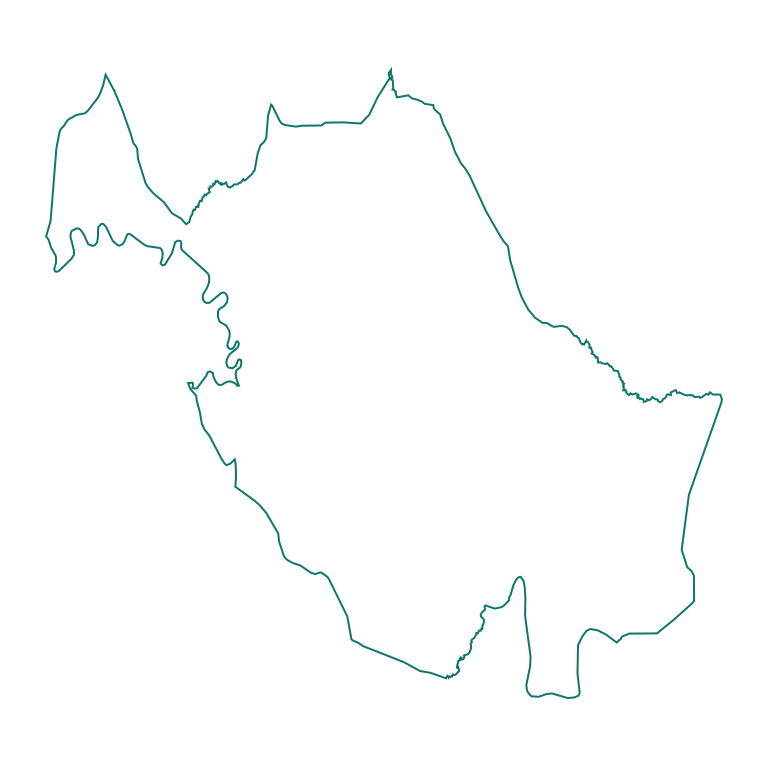 outline of Rasi Salai, Si Sa Ket, Thailand
{"feature_id": "78962969B91531031914262", "entity_name": "Rasi Salai", "entity_type": "district", "adm_level": 2, "iso_a3": "THA", "parent_name": "Thailand", "parent_adm1": "Si Sa Ket", "projection": "equal_earth", "projection_center": [104.176, 15.349], "detail": "fine", "context": "isolated", "style": "outline", "palette": "teal", "viewbox_px": 768, "rotation_deg": 0, "n_neighbors": 0, "source": "geoboundaries", "source_scale": "gbopen_adm2", "svg_char_len": 6065}
<svg xmlns="http://www.w3.org/2000/svg" viewBox="0 0 768 768"><path d="M283.6,555.3L285.7,558.6L288.0,560.4L292.9,563.0L300.2,565.4L310.7,572.6L315.3,574.1L319.8,572.5L321.4,572.6L327.3,576.8L329.2,579.6L347.3,616.4L351.4,639.2L352.4,640.2L359.0,643.2L362.8,646.0L404.0,662.2L420.0,671.0L430.5,672.8L446.0,678.3L447.4,675.8L448.2,676.3L448.7,677.7L449.5,676.6L450.3,677.0L451.7,675.8L452.1,676.2L453.1,674.4L453.9,675.1L455.6,674.7L459.2,670.9L458.2,667.1L457.2,667.8L456.8,667.4L458.4,660.6L459.6,660.5L459.9,658.5L460.8,657.4L461.4,657.7L461.3,659.6L463.3,659.2L464.4,657.1L464.0,655.5L468.1,654.1L469.5,652.4L470.9,648.6L471.0,645.3L470.5,643.9L471.9,642.1L471.3,641.2L471.5,640.0L474.3,637.8L476.3,634.3L476.4,633.0L477.8,633.3L479.1,630.5L480.9,630.6L481.4,628.7L482.4,628.8L482.4,625.9L483.8,622.7L484.0,620.4L483.3,618.7L481.0,616.7L480.7,615.1L481.6,612.9L485.0,609.6L484.6,606.1L485.7,605.5L494.8,608.6L501.6,607.1L503.6,605.9L509.1,600.3L509.1,597.7L510.7,594.6L513.4,585.3L516.2,579.5L518.5,577.3L520.8,576.9L523.5,581.0L524.7,587.2L525.4,598.0L525.1,616.0L530.6,656.8L530.0,667.0L526.3,685.1L527.1,690.8L529.7,694.8L531.7,696.3L538.6,696.8L547.0,693.9L552.1,693.5L568.0,698.1L574.5,697.4L578.5,695.6L579.7,693.0L577.5,673.6L578.0,645.2L582.4,636.3L586.6,630.7L590.4,629.0L597.6,630.3L606.1,634.6L616.7,642.5L620.6,639.0L622.2,636.5L629.3,633.6L657.0,633.4L673.8,619.7L692.3,603.2L694.1,600.7L693.9,575.6L691.5,571.0L687.2,567.2L681.7,549.7L688.9,494.8L721.4,402.4L721.9,399.3L720.3,394.5L712.9,394.5L710.1,392.3L709.4,392.5L708.5,394.7L706.2,393.9L702.3,397.0L700.0,397.8L699.2,396.7L694.6,397.0L692.5,395.2L691.2,395.5L690.2,394.8L687.2,395.4L684.7,394.9L679.2,392.4L677.2,393.2L675.7,390.0L670.7,392.5L671.0,394.9L667.1,394.4L665.4,397.7L662.9,399.3L662.1,401.1L660.2,402.3L658.0,401.0L657.5,399.3L655.5,399.3L652.2,397.0L651.5,398.5L649.5,400.2L646.9,399.4L646.6,401.1L643.7,401.9L643.2,399.3L641.0,398.5L639.9,399.1L639.1,397.8L637.4,397.8L637.3,396.2L638.4,396.0L638.6,395.2L636.1,393.4L632.3,394.5L630.3,393.3L628.8,395.0L626.3,392.8L626.4,391.5L625.6,391.2L625.4,389.7L623.2,390.3L623.8,387.9L623.2,386.9L623.8,385.9L623.0,385.1L624.1,383.7L622.4,382.6L622.8,381.3L621.2,380.1L620.4,378.7L620.6,377.5L619.3,376.8L619.3,374.7L617.8,371.0L614.1,370.6L611.2,366.2L610.1,366.5L607.5,363.3L605.8,364.0L601.6,363.2L600.7,362.2L598.2,362.6L597.8,357.9L596.6,356.9L595.9,357.6L594.6,355.2L591.6,353.5L592.7,352.2L591.2,349.2L591.2,347.7L589.3,347.5L589.6,344.7L588.4,342.6L586.7,341.8L586.3,340.6L584.0,344.6L583.0,343.9L582.1,344.3L580.8,342.9L579.0,338.7L576.3,336.0L574.2,335.8L569.8,329.8L566.8,327.2L562.0,325.8L554.6,326.8L552.5,326.4L547.0,323.0L542.6,322.9L535.0,317.7L528.2,309.5L521.8,297.5L518.2,287.7L510.1,260.0L508.0,246.3L503.3,240.8L499.1,234.1L485.9,211.0L469.7,175.8L465.3,168.6L461.1,163.5L454.8,151.4L450.4,138.5L442.9,123.3L440.2,114.5L434.9,109.8L433.8,108.3L433.3,105.1L424.7,103.8L422.0,101.7L417.3,99.7L412.0,98.4L408.3,95.3L397.0,97.4L395.7,93.6L395.8,91.8L394.9,91.5L394.2,89.9L392.5,89.6L393.2,88.1L392.8,80.3L390.6,79.3L390.9,77.9L392.3,77.9L391.8,75.4L390.9,74.6L391.0,69.9L388.6,73.2L389.6,78.2L377.5,97.5L369.2,114.9L360.8,123.5L343.4,122.4L325.6,122.6L321.3,125.5L302.0,125.7L296.0,126.6L285.5,125.1L281.9,123.7L279.9,121.2L272.3,105.8L271.1,104.6L268.1,115.5L266.2,138.3L263.8,142.3L260.6,145.1L257.8,152.9L254.7,170.0L251.9,174.1L245.0,180.5L244.3,180.5L243.3,179.1L240.7,182.7L239.1,182.8L237.7,184.2L233.9,184.5L232.3,186.4L229.5,187.5L227.7,186.6L226.0,182.4L223.9,184.0L222.9,183.5L221.7,184.9L220.5,184.3L220.6,183.0L219.3,183.1L217.5,180.9L216.5,181.8L215.6,181.2L214.6,184.2L213.2,183.7L213.0,185.8L211.2,186.8L210.4,186.3L209.8,188.3L208.7,188.5L209.7,192.3L207.0,193.9L206.5,195.0L204.6,194.6L204.1,196.4L202.6,197.2L201.8,201.0L200.1,200.7L198.5,204.3L198.7,205.2L197.9,205.6L198.2,207.0L196.6,206.7L195.8,207.3L194.9,210.0L193.7,209.6L192.7,211.4L192.5,213.9L190.6,216.9L189.3,222.1L186.1,224.2L181.1,218.6L172.0,213.3L163.9,202.2L153.1,193.1L148.3,187.5L145.6,183.2L138.0,158.8L137.2,148.8L135.6,145.7L133.5,143.5L130.7,133.8L122.3,110.0L114.3,90.8L105.6,74.7L103.2,85.1L100.8,91.9L98.0,97.6L88.0,110.6L85.0,113.3L76.6,114.9L68.7,119.3L67.0,121.0L63.5,126.4L61.2,128.5L59.5,132.0L56.4,148.3L50.6,220.8L46.1,236.6L48.4,239.3L51.2,247.9L55.5,255.3L56.1,257.8L56.0,262.9L54.3,268.6L54.6,270.8L55.9,271.8L58.5,271.3L71.0,259.3L73.9,254.9L74.0,250.9L70.4,236.2L70.9,232.6L72.0,230.7L76.5,228.4L78.8,228.6L80.7,229.9L83.9,234.7L88.2,244.2L92.7,245.9L95.2,244.8L97.1,242.4L97.9,237.5L98.2,227.3L101.2,224.0L103.3,223.9L106.1,226.9L112.8,241.0L117.6,245.1L119.1,245.7L122.3,244.2L124.5,241.4L127.2,234.5L128.8,233.8L130.8,234.6L144.6,245.0L147.6,246.2L159.9,248.0L161.5,249.3L162.7,252.9L162.4,257.5L160.6,263.7L162.9,265.4L164.9,264.7L171.9,253.3L175.2,242.2L178.0,240.6L180.5,241.0L181.2,242.5L181.1,247.8L182.0,250.0L207.4,273.0L208.8,275.2L209.3,279.1L208.8,283.3L207.2,287.5L202.9,294.9L202.8,298.8L204.2,301.7L206.7,303.0L209.5,302.7L221.4,292.9L223.6,292.5L225.6,293.6L227.2,296.2L227.6,298.0L227.1,302.0L224.1,306.0L218.7,309.6L218.0,312.0L218.0,316.6L219.0,320.1L220.1,321.9L226.2,325.6L229.1,330.3L229.7,333.1L229.6,336.4L227.3,345.0L228.2,347.7L229.6,348.9L232.5,348.8L234.3,346.5L236.4,341.5L237.8,341.6L238.7,343.0L238.7,345.0L237.7,347.6L230.0,354.0L228.2,356.7L226.7,360.0L226.4,363.1L227.1,365.8L228.3,367.5L232.6,368.3L235.8,365.9L238.2,360.0L239.6,359.4L241.0,360.2L241.4,362.9L240.7,366.3L239.8,367.8L236.6,370.0L235.6,373.9L236.4,379.1L238.9,385.7L237.6,385.8L234.7,383.1L230.3,381.3L226.6,381.9L221.6,384.9L218.7,384.9L216.2,382.4L214.6,379.3L213.3,376.2L213.0,373.2L210.0,371.4L207.6,372.3L206.4,375.7L196.9,388.3L194.4,388.6L192.5,387.9L193.1,383.8L192.3,382.7L188.1,383.0L190.3,388.9L196.2,395.7L196.8,400.9L199.8,412.0L201.9,424.0L204.8,429.9L209.2,435.4L221.2,458.2L224.6,463.6L226.7,465.2L230.6,463.5L234.7,459.3L235.6,464.0L235.9,470.5L236.0,478.5L235.3,486.7L254.4,500.6L259.1,504.6L266.2,512.8L278.2,533.4L279.1,541.4L283.6,555.3Z" fill="none" stroke="#0f766e" stroke-width="2"/></svg>